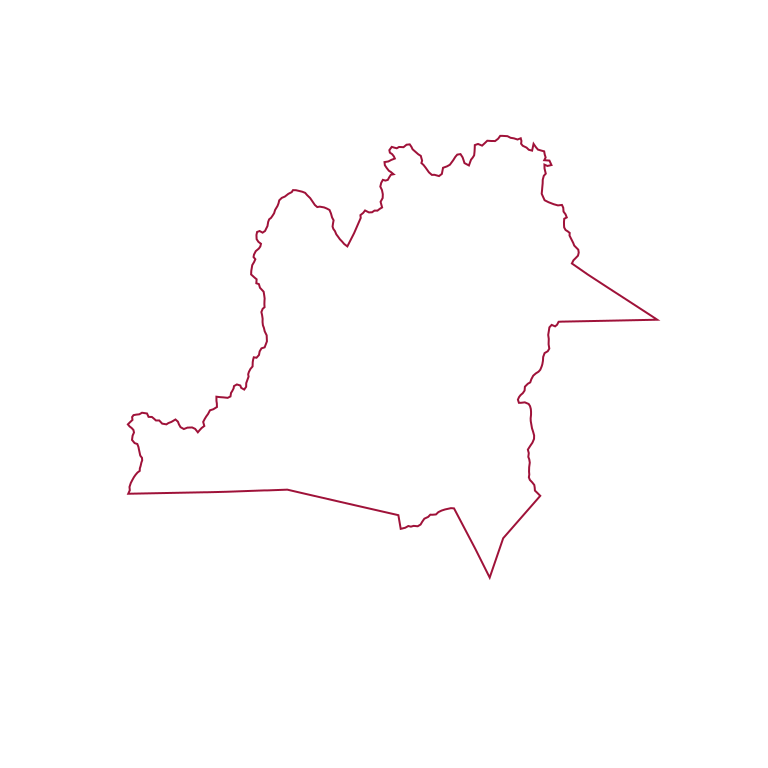 Tamboril, Ceará, Brazil, rotated 249°
{"feature_id": "56859067B35932918243928", "entity_name": "Tamboril", "entity_type": "district", "adm_level": 2, "iso_a3": "BRA", "parent_name": "Brazil", "parent_adm1": "Ceará", "projection": "mercator", "projection_center": [-40.277, -4.889], "detail": "fine", "context": "isolated", "style": "outline", "palette": "rose", "viewbox_px": 768, "rotation_deg": 249, "n_neighbors": 0, "source": "geoboundaries", "source_scale": "gbopen_adm2", "svg_char_len": 5230}
<svg xmlns="http://www.w3.org/2000/svg" viewBox="0 0 768 768"><g transform="rotate(249 384 384)"><path d="M443.9,147.8L443.4,144.7L444.2,141.7L444.7,139.0L443.4,137.0L440.6,136.3L439.3,133.1L438.1,130.4L435.5,131.3L433.4,132.6L430.9,133.6L428.3,133.2L425.9,130.8L422.1,128.7L418.2,130.0L416.4,132.2L413.3,132.2L411.0,131.8L407.8,131.3L404.5,130.8L401.8,131.6L399.4,130.9L397.7,129.4L394.7,127.4L392.7,125.8L390.4,124.8L389.7,122.2L388.3,119.6L386.7,117.2L384.7,114.8L382.3,112.1L379.1,109.5L375.9,108.6L373.2,105.9L347.4,177.2L346.2,180.4L343.1,189.1L339.6,199.0L327.5,234.3L326.0,238.3L325.2,240.7L320.0,255.9L311.0,269.2L289.7,300.8L281.3,313.3L256.4,350.4L242.8,347.7L242.2,352.3L242.7,355.8L241.2,358.0L240.9,360.9L239.1,364.5L239.7,367.8L241.7,370.3L243.8,373.4L244.1,377.6L245.4,380.4L244.5,382.6L243.6,385.8L244.9,388.8L245.2,392.4L245.0,396.1L244.6,398.7L244.1,402.0L242.8,404.8L197.0,410.2L165.4,413.3L197.3,440.0L223.6,489.8L227.2,488.2L230.4,486.7L233.4,487.6L235.9,488.1L239.1,487.1L242.2,485.8L245.0,485.8L247.4,487.2L250.2,488.0L254.3,489.7L258.3,491.9L261.6,492.6L264.2,492.6L267.6,494.4L271.2,494.8L273.8,498.3L276.0,501.5L279.0,504.4L282.1,505.7L285.9,506.1L289.7,506.3L292.7,506.9L296.8,507.7L299.4,508.6L302.5,510.2L305.3,511.3L308.0,512.1L311.0,512.4L313.5,511.9L316.4,508.9L317.3,505.4L318.1,503.2L321.4,503.4L323.4,505.4L324.7,507.5L325.7,510.3L327.5,512.9L331.0,514.6L332.7,518.4L333.1,521.1L335.6,523.2L338.3,526.3L339.5,529.6L340.1,532.7L341.3,535.0L343.8,537.4L345.7,538.9L348.7,540.7L352.2,542.3L355.3,545.0L355.9,548.6L357.8,551.0L362.1,551.9L367.1,554.0L371.0,554.9L374.1,556.7L377.6,558.7L379.1,561.7L376.5,564.4L377.3,566.8L379.5,569.3L378.7,571.8L364.6,610.8L346.1,662.1L351.6,658.2L372.4,643.1L393.8,627.5L413.3,613.4L429.2,602.6L431.6,605.2L432.9,608.1L434.3,611.1L436.9,612.9L439.8,613.5L442.3,612.4L445.1,611.2L447.9,611.2L451.9,610.8L456.1,610.4L458.5,611.5L460.7,610.2L462.7,608.7L465.6,608.3L467.8,609.0L470.8,610.1L473.7,611.5L474.0,614.3L477.3,614.3L480.6,613.4L484.3,614.5L487.4,614.3L488.4,610.4L491.0,606.9L494.8,602.7L498.0,599.8L501.3,599.6L505.1,599.4L508.5,601.1L511.6,602.6L514.4,604.0L517.8,605.4L521.1,607.8L522.4,610.4L527.7,611.1L531.3,612.4L529.0,614.7L528.4,618.8L533.3,618.5L535.5,613.8L537.6,616.1L540.7,616.3L543.8,616.9L545.7,614.3L547.7,611.7L550.9,610.6L554.6,609.7L548.8,605.9L550.8,603.1L553.6,601.8L556.7,598.9L559.2,598.1L561.6,599.4L564.4,599.7L564.4,596.3L566.8,593.3L568.5,590.4L571.1,588.1L572.9,584.2L574.0,581.4L572.1,578.5L571.0,574.8L572.3,571.5L574.1,567.6L572.7,564.3L571.4,561.0L574.4,557.8L574.5,554.4L571.4,553.1L568.5,551.8L565.2,550.1L563.6,548.0L562.2,545.6L557.6,541.6L561.4,538.3L564.7,538.5L567.4,538.6L571.2,537.8L571.9,534.6L570.5,532.0L568.1,528.8L565.1,524.1L564.6,520.8L564.7,516.6L559.4,513.3L558.4,509.9L561.2,506.1L562.1,503.6L565.5,501.8L571.0,500.4L574.3,499.4L576.9,498.1L578.8,499.6L583.8,500.1L586.2,498.3L592.9,494.8L595.5,494.6L598.5,493.9L599.3,490.8L598.1,487.1L599.9,483.0L599.5,480.4L600.9,478.4L602.6,476.2L600.4,472.8L597.9,472.4L595.6,474.0L592.9,474.8L590.6,474.9L590.6,471.2L590.2,467.8L591.0,464.0L587.9,463.2L584.4,464.0L581.3,465.0L579.3,466.5L576.4,468.1L576.9,465.4L574.9,462.7L573.2,460.7L573.4,458.2L575.0,456.1L572.8,453.5L569.6,451.3L565.7,451.6L561.6,450.9L558.1,449.4L555.3,446.1L549.5,445.5L549.1,443.1L548.2,440.0L549.3,437.2L548.6,434.4L549.6,431.4L552.8,428.5L551.2,425.9L550.1,422.5L547.4,421.8L535.5,410.1L525.6,399.1L529.0,397.0L532.1,395.9L534.9,394.7L538.4,393.8L540.8,393.1L544.3,393.0L546.9,392.3L549.4,392.4L552.1,393.9L554.9,395.6L558.1,395.2L562.2,395.6L566.0,395.5L568.4,393.4L570.3,391.4L572.6,387.6L573.1,385.1L575.9,383.6L580.2,382.6L584.0,381.7L587.9,379.9L590.7,378.9L592.8,376.6L594.8,373.7L596.5,371.2L597.6,368.5L596.2,366.6L595.8,362.8L594.5,358.6L594.4,355.3L593.0,352.0L590.5,350.3L588.4,348.4L585.5,344.7L582.8,342.6L581.1,340.3L579.6,338.1L578.9,335.8L576.9,334.0L573.2,331.8L571.2,329.6L569.5,327.8L568.8,324.9L571.4,322.7L571.4,320.0L568.8,318.3L564.9,317.0L561.7,317.7L559.0,319.4L556.7,317.8L555.3,315.7L554.0,311.9L551.4,309.0L549.3,307.7L546.6,308.6L544.4,306.4L542.2,303.6L539.3,301.9L537.1,300.6L533.9,299.2L530.1,301.1L527.4,302.6L523.8,300.9L522.1,303.0L518.3,302.7L513.3,304.7L509.5,303.9L506.6,303.2L504.2,302.1L501.3,300.9L498.5,300.0L497.7,297.7L495.1,295.3L492.2,294.9L488.5,294.1L485.3,292.8L482.2,292.0L479.4,292.0L475.9,291.5L471.5,291.9L468.2,290.8L465.8,290.0L463.9,288.3L461.0,285.7L461.2,282.4L459.0,279.6L455.9,277.7L454.2,274.4L455.6,272.0L453.7,270.6L451.5,269.3L447.5,267.6L446.0,264.8L443.8,262.3L441.8,260.7L439.4,260.2L437.2,258.3L434.2,255.7L430.8,254.3L428.9,251.5L431.6,249.3L434.1,249.3L436.3,246.5L435.8,243.2L433.8,242.0L431.9,239.9L430.5,238.0L427.4,236.2L427.1,233.1L429.0,229.4L430.5,226.2L432.2,223.0L428.2,221.5L425.8,221.0L422.4,219.8L421.6,215.6L421.8,212.1L419.0,208.9L417.4,206.4L415.7,204.2L413.4,201.6L409.2,201.2L408.3,198.0L406.9,195.2L405.6,192.9L409.8,191.6L412.2,189.3L413.7,184.9L413.7,181.0L416.6,178.6L419.8,178.1L422.7,178.1L425.6,176.6L424.8,171.9L424.8,168.7L424.3,166.4L426.5,162.7L430.5,161.1L431.7,158.0L434.1,156.8L436.4,155.5L437.7,152.4L441.4,152.2L443.9,147.8Z" fill="none" stroke="#9f1239" stroke-width="2"/></g></svg>